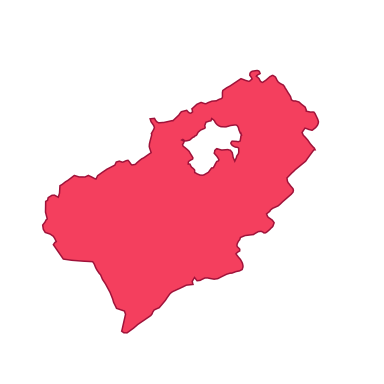 outline of El Mahalla El Kobra, Al Gharbiyah, Egypt, rotated 229°
{"feature_id": "37247803B79184551516010", "entity_name": "El Mahalla El Kobra", "entity_type": "district", "adm_level": 2, "iso_a3": "EGY", "parent_name": "Egypt", "parent_adm1": "Al Gharbiyah", "projection": "robinson", "projection_center": [31.14, 31.018], "detail": "fine", "context": "isolated", "style": "filled", "palette": "rose", "viewbox_px": 384, "rotation_deg": 229, "n_neighbors": 0, "source": "geoboundaries", "source_scale": "gbopen_adm2", "svg_char_len": 6108}
<svg xmlns="http://www.w3.org/2000/svg" viewBox="0 0 384 384"><g transform="rotate(229 192 192)"><path d="M133.1,47.6L130.5,48.2L128.3,50.6L127.6,58.6L127.6,64.3L125.8,79.8L126.2,81.9L127.1,83.5L127.8,86.0L127.0,88.9L126.2,91.3L127.1,97.2L127.7,100.9L128.6,104.0L129.7,108.6L129.7,110.9L129.6,111.3L129.3,112.9L128.8,114.4L128.6,115.2L127.9,117.6L127.5,118.8L125.4,126.6L121.6,132.1L121.9,132.2L123.2,132.9L124.4,133.5L125.8,137.8L124.2,137.7L121.7,137.6L120.0,140.1L119.9,140.5L119.5,142.3L119.3,142.9L118.7,145.2L117.2,147.1L116.9,147.4L114.4,149.3L111.7,151.5L109.7,154.6L108.8,158.3L107.2,164.3L107.0,164.7L105.8,167.4L104.6,168.9L103.1,172.9L102.0,174.9L101.3,176.1L100.6,179.0L102.0,181.3L103.1,182.2L105.1,183.3L106.9,183.8L109.4,184.3L112.6,184.3L116.0,184.5L116.6,184.8L116.6,187.3L116.4,188.6L116.2,189.3L117.5,190.5L118.9,190.5L120.9,190.3L122.0,190.7L122.9,191.6L123.8,193.2L124.5,195.3L124.7,196.7L125.9,198.7L124.3,203.5L121.6,207.5L119.5,210.6L119.5,211.5L118.6,216.0L117.0,218.3L116.1,218.8L115.2,219.2L114.0,219.4L113.4,220.1L112.9,220.8L112.7,222.6L112.7,226.3L112.9,227.9L112.9,229.7L113.1,230.6L114.9,233.8L116.3,234.0L118.5,234.1L119.4,233.8L120.5,233.6L121.7,233.2L123.7,232.9L126.6,233.9L126.4,238.0L126.9,239.3L126.8,242.1L125.0,248.0L125.0,250.7L125.2,253.9L125.2,259.2L125.2,261.0L125.2,265.3L125.6,268.1L126.8,269.7L128.3,270.4L132.2,270.4L134.0,270.6L135.8,270.6L137.6,271.1L140.3,272.9L140.9,280.0L140.9,282.3L141.1,284.3L140.7,298.0L141.5,301.0L143.5,309.9L143.8,311.7L143.1,312.6L144.9,313.1L146.9,312.9L151.0,312.9L155.0,313.4L159.1,313.4L161.8,313.2L164.7,314.1L166.1,319.1L164.3,320.3L162.5,321.2L161.3,322.1L160.2,322.8L159.7,323.4L159.7,323.9L159.5,327.3L159.7,328.9L160.2,330.8L161.1,332.4L162.0,333.5L164.4,334.6L170.5,336.3L172.3,336.4L173.0,335.8L174.6,333.8L177.8,331.5L178.2,331.3L178.9,332.0L181.8,333.1L183.9,332.7L186.3,332.2L189.7,331.8L192.9,329.8L193.6,328.9L194.3,328.2L196.3,327.5L199.2,328.9L201.9,329.4L203.7,329.6L206.4,330.1L208.9,330.5L209.6,330.5L210.9,331.0L211.4,331.0L213.2,331.0L213.4,330.8L215.2,330.1L216.1,329.7L216.6,329.7L217.3,329.4L219.0,329.2L219.5,329.4L220.4,329.4L222.0,329.9L224.0,330.4L225.8,329.9L227.0,329.5L227.4,328.8L227.7,327.2L227.9,326.8L227.9,321.3L228.4,317.2L228.6,316.9L230.4,316.3L231.8,316.5L233.6,317.0L235.6,316.8L237.2,316.5L237.4,317.2L237.2,319.0L236.9,320.0L236.7,321.1L238.5,321.8L239.6,321.8L241.0,320.9L243.7,316.6L243.9,314.7L243.5,313.6L242.2,312.2L239.7,312.0L238.5,311.7L237.9,311.5L237.9,308.1L238.3,307.4L240.4,306.1L241.1,305.6L242.9,304.7L245.4,303.3L247.0,290.6L247.9,286.5L248.4,281.9L247.9,281.2L247.0,280.1L243.7,277.3L243.2,276.4L243.2,275.7L243.4,274.8L243.9,273.9L244.4,272.3L244.8,270.3L245.3,269.6L246.7,267.7L247.5,266.6L248.9,262.8L249.4,260.7L250.0,259.8L252.3,258.4L253.0,258.0L253.4,257.8L253.7,257.5L255.0,253.2L254.8,246.4L254.4,246.4L252.1,245.0L252.2,243.2L252.4,242.5L253.7,241.8L255.1,241.6L256.7,241.6L257.1,241.6L259.6,236.6L259.2,234.3L258.7,232.7L258.3,224.3L258.8,224.0L259.5,222.7L263.1,216.1L263.6,215.6L266.1,212.2L267.2,211.8L268.1,211.5L269.9,211.5L271.7,211.9L272.2,212.0L274.7,208.4L271.9,207.2L269.9,207.0L267.2,206.7L265.2,205.8L264.3,204.0L262.7,199.6L262.3,199.6L261.4,198.9L258.0,193.9L256.2,191.4L254.4,189.6L253.1,188.9L248.5,187.0L249.5,177.7L250.0,176.1L250.2,173.1L250.2,169.4L250.0,167.4L251.8,164.4L252.9,164.2L255.9,164.5L257.9,164.5L258.1,164.2L258.8,162.9L259.3,161.3L259.5,160.4L260.2,158.9L260.9,158.6L263.0,157.4L264.3,154.5L262.9,151.4L265.2,142.0L265.1,141.2L265.3,140.5L265.7,137.0L266.2,131.5L264.8,128.1L265.8,127.4L269.5,126.0L272.1,124.8L272.5,124.7L273.5,121.1L275.2,119.2L277.4,116.7L281.7,114.0L282.2,105.9L282.7,103.2L282.9,98.8L283.4,96.5L278.0,91.2L275.8,87.6L279.9,86.1L281.4,84.1L282.1,79.8L280.5,77.5L280.9,75.4L272.9,68.2L266.6,65.1L266.7,63.7L265.7,61.2L265.0,57.6L261.7,55.5L261.3,55.3L257.8,54.7L257.4,54.9L254.9,56.4L253.1,57.4L249.5,58.3L248.7,58.2L248.4,58.1L247.3,58.0L243.6,57.0L243.9,55.5L243.2,52.8L225.8,50.9L219.2,56.6L211.0,64.7L204.6,71.3L202.4,71.1L201.0,70.7L198.8,69.9L197.8,69.6L195.6,69.1L191.4,68.6L189.5,68.7L185.6,67.4L184.6,67.1L180.7,66.6L179.3,66.4L169.9,64.3L163.4,62.0L160.0,60.4L155.0,59.1L153.7,58.7L153.2,59.0L146.5,62.9L143.3,61.6L133.6,48.4L133.1,47.6ZM218.8,260.5L218.3,261.6L217.6,263.0L217.2,264.1L216.5,265.3L214.5,268.3L214.2,268.7L213.3,269.4L212.6,269.6L211.7,269.6L211.1,269.4L210.4,269.4L208.1,268.2L204.5,267.0L204.5,267.5L202.3,266.7L202.3,265.9L201.6,265.0L200.9,264.3L200.0,263.1L199.4,262.5L198.9,261.8L199.6,259.9L201.0,258.8L204.1,255.6L203.7,253.8L203.0,253.1L200.8,252.9L198.7,253.6L197.4,254.2L196.7,254.9L195.8,255.6L194.6,256.0L194.2,255.8L194.0,255.6L191.5,253.5L190.8,252.6L190.6,252.4L190.4,251.9L189.7,249.2L188.8,248.0L187.2,244.5L191.3,245.8L193.3,247.1L194.0,247.4L195.1,248.1L196.5,248.3L198.5,248.3L199.0,247.8L199.6,247.4L200.5,246.9L204.2,241.9L206.2,240.6L207.3,239.9L207.8,239.7L207.8,239.2L208.5,239.0L208.5,237.2L208.3,236.3L207.6,235.6L206.7,234.2L206.2,234.2L202.6,234.2L200.4,233.9L198.8,233.5L198.3,232.8L198.3,231.9L198.8,230.7L197.7,227.5L197.2,226.6L196.8,225.2L196.3,224.3L196.6,223.4L197.0,223.0L197.3,222.5L196.1,217.3L197.1,212.2L197.8,210.9L199.6,209.1L202.5,207.7L203.9,207.3L204.9,206.8L206.9,208.4L208.4,208.4L210.0,208.2L210.6,208.0L211.8,208.0L213.3,208.4L214.5,208.7L215.6,207.5L217.0,208.9L217.2,209.6L217.2,210.5L216.9,212.3L216.7,212.8L216.5,213.7L216.5,214.2L217.2,215.1L219.6,215.6L222.3,216.0L224.6,216.5L226.9,216.3L230.3,215.8L232.1,215.4L232.5,215.4L233.2,215.6L233.6,215.9L234.1,216.1L234.3,217.2L234.8,218.4L235.2,219.1L235.7,219.3L238.0,218.3L237.9,219.3L237.3,219.8L235.2,220.0L234.1,221.6L232.7,224.3L232.7,228.4L232.2,229.8L232.4,230.7L232.0,232.1L232.0,233.0L232.9,235.3L233.1,235.9L233.1,239.1L231.7,243.5L232.2,244.4L233.1,244.8L233.7,245.1L235.5,248.3L234.2,251.5L233.5,252.6L233.3,253.1L234.6,255.1L234.2,255.3L233.2,255.3L232.6,255.6L232.1,255.6L230.8,255.6L229.9,255.3L228.5,255.1L226.7,255.1L225.6,255.3L224.2,255.7L222.4,256.6L220.4,258.7L219.7,259.4L218.8,260.5Z" fill="#f43f5e" stroke="#9f1239" stroke-width="1.5"/></g></svg>